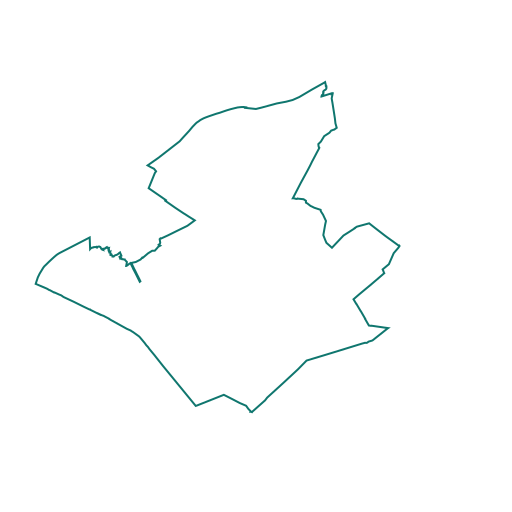 Aizkraukles pag., Aizkraukles, Latvia, rotated 134°
{"feature_id": "27541924B10517585408275", "entity_name": "Aizkraukles pag.", "entity_type": "district", "adm_level": 2, "iso_a3": "LVA", "parent_name": "Latvia", "parent_adm1": "Aizkraukles", "projection": "equal_earth", "projection_center": [25.231, 56.65], "detail": "fine", "context": "isolated", "style": "outline", "palette": "teal", "viewbox_px": 512, "rotation_deg": 134, "n_neighbors": 0, "source": "geoboundaries", "source_scale": "gbopen_adm2", "svg_char_len": 5583}
<svg xmlns="http://www.w3.org/2000/svg" viewBox="0 0 512 512"><g transform="rotate(134 256 256)"><path d="M371.1,150.4L370.5,150.5L353.5,149.2L350.1,149.6L330.1,148.3L308.4,147.1L296.1,147.0L280.0,138.0L270.8,132.9L245.4,118.9L243.4,117.7L243.0,117.5L242.8,117.4L241.7,116.1L241.3,115.9L240.7,115.7L239.6,115.6L239.3,115.5L236.7,114.0L235.9,113.6L235.4,113.5L216.6,111.0L216.1,110.9L217.4,112.7L218.0,113.5L226.0,124.6L226.3,124.7L227.6,126.5L225.5,133.8L225.3,133.8L222.9,142.2L222.9,142.5L220.7,150.5L220.8,150.6L219.4,155.8L212.6,155.2L196.2,153.4L179.3,151.8L179.2,152.2L177.9,154.9L177.8,155.4L177.7,155.6L169.6,154.7L158.3,158.9L151.5,159.3L151.3,159.3L149.1,159.7L149.0,160.3L149.4,160.4L149.4,160.5L150.3,166.9L151.4,174.5L151.8,177.6L152.3,182.1L153.1,189.4L153.9,197.2L153.9,197.3L164.8,203.8L167.3,204.4L167.4,204.2L173.9,205.7L180.5,207.3L197.3,207.1L197.6,214.5L196.2,217.8L194.2,222.1L185.3,228.1L182.2,230.0L179.7,236.5L178.8,240.4L177.9,241.6L180.8,247.6L181.7,250.5L182.1,251.5L182.5,255.5L182.8,256.6L182.9,256.8L182.9,257.2L182.8,257.3L182.6,257.5L181.6,258.4L182.1,261.2L185.8,265.9L185.8,266.0L186.5,266.2L186.6,266.3L187.3,267.2L187.8,268.2L188.5,269.2L188.9,269.6L184.2,271.0L172.2,274.6L160.2,277.9L158.4,278.4L153.3,279.9L149.0,281.3L145.8,282.2L139.3,284.1L135.0,285.3L134.3,286.0L134.1,285.9L133.8,286.9L133.4,287.5L132.2,288.9L128.7,288.8L122.4,290.2L116.3,288.8L115.2,288.9L114.1,289.0L113.9,289.0L113.4,289.0L112.4,288.4L111.6,288.1L110.7,287.5L107.7,287.0L105.4,291.0L102.5,294.5L101.8,295.4L97.4,301.2L92.5,307.7L91.0,309.8L90.0,311.1L86.0,313.6L87.0,314.1L86.4,314.6L95.8,319.7L95.7,319.8L94.5,320.3L94.2,320.3L93.7,320.1L92.9,320.1L92.7,320.1L92.4,320.4L92.5,320.6L92.2,320.9L92.1,321.0L91.9,321.0L91.6,321.0L91.4,321.1L91.3,321.5L91.2,321.7L90.9,321.9L90.0,322.0L88.9,321.8L88.1,321.5L87.0,321.6L86.6,321.8L86.3,322.0L85.9,322.3L85.8,322.5L85.3,323.1L85.1,323.2L85.2,323.4L85.4,323.6L85.2,324.0L84.8,324.1L84.7,324.2L84.7,324.3L82.9,327.1L84.2,327.4L97.1,331.3L111.6,335.3L118.3,338.0L124.2,341.6L131.8,347.0L145.4,355.1L150.3,358.2L156.8,366.5L156.1,366.6L157.5,368.5L159.5,370.4L161.9,372.4L164.9,374.3L167.8,376.1L171.5,378.2L174.6,379.8L178.2,381.6L181.1,383.3L184.2,384.9L188.1,386.9L191.2,388.4L193.5,389.4L196.9,390.5L198.9,390.8L201.1,391.3L202.7,391.4L204.6,391.4L207.1,391.4L212.6,391.0L221.3,390.8L226.6,390.6L253.2,394.4L266.1,396.9L265.1,393.1L264.1,390.0L264.5,386.7L266.6,386.4L276.3,382.5L281.8,380.3L281.3,377.3L280.9,374.9L278.4,359.6L279.3,359.6L277.4,347.6L275.6,337.7L275.2,336.0L274.4,331.9L272.9,324.8L276.0,325.3L281.8,326.3L282.7,326.6L294.0,330.7L297.1,331.8L302.4,333.7L309.3,336.4L309.6,337.0L310.8,337.0L313.0,334.1L313.8,333.7L315.5,333.8L315.1,332.1L317.1,332.7L318.1,332.7L319.0,332.6L322.5,332.5L324.3,334.3L329.0,335.5L336.0,336.2L336.1,336.7L338.7,336.6L343.8,338.3L347.2,340.6L347.6,340.8L350.0,334.4L350.2,333.7L350.5,332.8L352.1,328.4L352.7,326.6L354.5,321.6L355.3,321.7L352.3,330.1L350.7,334.9L350.6,335.3L349.9,336.9L349.5,338.1L348.5,340.8L348.3,341.4L349.4,341.7L350.9,341.9L351.9,342.0L352.8,342.4L353.1,342.3L353.3,342.5L351.9,343.4L350.0,344.7L349.9,346.9L349.8,348.0L350.3,348.7L350.2,348.7L351.3,350.3L351.2,350.8L351.3,350.8L351.1,351.6L352.2,351.8L351.4,353.6L349.3,353.0L348.0,356.1L347.9,356.3L349.0,356.5L349.1,356.4L350.3,356.6L351.4,356.8L352.1,357.1L352.6,357.4L353.3,357.8L354.0,358.0L355.3,358.0L355.5,358.3L355.7,358.5L355.4,358.6L355.5,358.8L355.7,359.8L355.7,360.0L355.7,360.3L355.8,360.4L355.9,360.5L356.0,360.5L356.1,360.8L355.8,360.8L355.4,361.0L355.5,361.2L355.8,361.1L356.0,361.1L356.3,361.4L356.1,361.6L355.9,361.8L355.8,362.0L355.5,362.1L355.2,362.1L355.1,362.5L354.9,363.2L354.2,363.7L355.1,363.9L355.3,364.0L355.1,364.4L354.9,364.5L354.8,365.0L354.5,365.0L354.4,365.1L354.6,365.4L354.6,365.5L354.3,365.9L354.1,365.9L353.9,366.0L353.9,366.3L354.0,366.5L353.9,366.6L353.6,366.7L353.4,366.6L353.2,366.6L353.1,366.8L353.0,367.1L352.6,367.3L352.8,367.4L353.0,367.7L352.9,367.8L352.8,368.2L352.8,368.3L352.9,368.5L353.2,368.5L353.3,368.6L353.6,368.8L353.7,369.2L353.7,369.3L353.4,369.3L353.3,369.5L353.6,369.6L353.8,369.6L354.0,369.7L354.7,369.8L354.7,369.6L354.9,369.6L355.0,369.6L355.6,369.9L355.8,369.9L355.9,370.1L356.1,370.2L356.4,370.2L356.4,370.3L356.4,370.5L357.2,371.1L357.5,371.4L357.9,370.3L358.1,370.7L358.3,371.3L358.2,371.6L358.3,372.2L358.2,372.6L357.8,373.7L357.7,374.1L357.7,374.4L358.0,374.9L358.1,375.4L358.6,375.8L359.2,376.2L359.5,376.3L360.4,376.1L360.5,376.2L360.5,376.5L360.2,376.6L360.1,376.8L360.1,377.1L361.0,377.6L361.3,377.8L361.6,378.2L362.4,378.9L362.7,378.9L363.1,379.1L363.2,379.3L363.7,379.5L363.8,379.7L364.5,379.9L365.0,380.1L365.9,380.3L366.1,380.1L366.3,380.1L358.2,388.5L390.4,399.4L391.9,399.8L393.8,400.2L396.9,400.5L400.0,400.7L404.0,400.9L408.1,401.0L410.4,401.1L412.2,400.9L414.4,400.4L418.9,399.4L422.9,398.1L427.5,395.9L429.1,395.1L424.8,383.9L424.5,382.8L424.1,381.0L424.0,380.9L423.8,380.6L422.5,375.8L422.2,375.7L420.5,370.9L419.7,369.0L419.4,367.6L419.4,367.1L419.1,365.7L415.5,355.2L412.2,344.8L410.1,338.5L409.7,338.2L409.7,337.5L407.3,329.9L406.8,328.4L406.7,328.6L406.4,327.7L405.6,325.5L404.9,324.0L404.6,322.8L403.7,319.8L403.1,317.8L403.3,317.6L398.1,298.3L396.6,294.2L396.6,293.9L396.6,293.5L396.2,292.0L395.1,284.5L395.1,283.2L395.9,275.7L396.4,272.9L396.5,270.5L397.0,267.9L397.9,259.8L398.1,258.5L399.7,246.6L405.7,195.2L404.3,194.5L378.2,182.7L375.2,172.9L373.1,165.7L370.6,159.1L371.3,155.3L371.4,152.0L371.9,151.8L371.8,151.7L371.5,151.3L371.3,150.9L371.1,150.4Z" fill="none" stroke="#0f766e" stroke-width="2"/></g></svg>